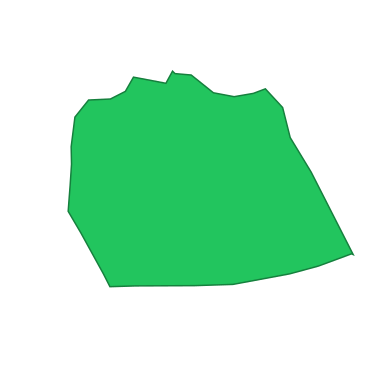 the district of Stenungsund, Västra Götaland, Sweden, rotated 243°
{"feature_id": "70781695B70291115197472", "entity_name": "Stenungsund", "entity_type": "district", "adm_level": 2, "iso_a3": "SWE", "parent_name": "Sweden", "parent_adm1": "Västra Götaland", "projection": "natural_earth1", "projection_center": [11.976, 58.067], "detail": "fine", "context": "isolated", "style": "filled", "palette": "green", "viewbox_px": 384, "rotation_deg": 243, "n_neighbors": 0, "source": "geoboundaries", "source_scale": "gbopen_adm2", "svg_char_len": 554}
<svg xmlns="http://www.w3.org/2000/svg" viewBox="0 0 384 384"><g transform="rotate(243 192 192)"><path d="M308.5,229.5L300.7,218.1L320.9,192.0L311.9,178.3L311.9,161.5L320.9,141.6L311.9,121.7L287.2,104.9L271.5,97.3L253.5,86.6L239.9,78.3L231.0,72.9L206.3,74.4L159.2,75.9L144.9,75.9L133.9,99.2L107.4,151.8L91.1,186.5L74.7,242.0L68.6,271.2L64.5,306.0L63.1,307.2L112.4,307.2L155.6,307.2L195.9,304.2L226.1,311.1L250.6,304.2L252.0,291.5L257.8,272.8L270.7,256.1L296.6,244.4L305.2,230.6L308.5,229.5Z" fill="#22c55e" stroke="#15803d" stroke-width="1.5"/></g></svg>